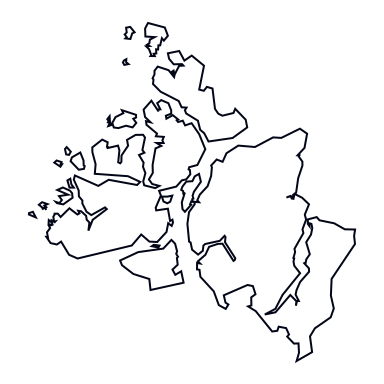 Tromsø nor, Troms, Norway (orthographic projection)
{"feature_id": "86288312B12055584821312", "entity_name": "Tromsø nor", "entity_type": "district", "adm_level": 2, "iso_a3": "NOR", "parent_name": "Norway", "parent_adm1": "Troms", "projection": "orthographic", "projection_center": [18.78, 69.672], "detail": "fine", "context": "isolated", "style": "outline", "palette": "ink", "viewbox_px": 384, "rotation_deg": 0, "n_neighbors": 0, "source": "geoboundaries", "source_scale": "gbopen_adm2", "svg_char_len": 5971}
<svg xmlns="http://www.w3.org/2000/svg" viewBox="0 0 384 384"><path d="M355.1,229.5L344.8,229.3L334.2,223.3L319.5,220.3L316.7,217.1L307.9,219.4L307.8,223.8L309.5,226.2L309.2,223.2L311.4,223.9L312.3,228.1L311.0,234.6L306.2,242.2L309.8,254.3L306.3,259.3L305.5,263.6L304.8,262.9L304.2,263.2L308.9,268.3L309.1,271.7L300.1,282.0L296.5,290.2L295.6,294.6L298.8,301.0L297.0,301.0L295.9,305.7L296.4,301.2L290.3,295.0L275.5,312.3L264.8,314.5L275.4,308.8L282.6,294.8L300.1,273.2L294.3,265.8L293.5,261.6L294.2,258.4L293.4,258.1L295.1,252.1L294.5,248.8L303.4,233.1L302.5,229.3L306.1,219.6L304.8,214.6L309.0,204.3L302.2,197.8L294.6,193.9L293.4,198.8L291.7,198.5L290.7,196.2L286.4,197.5L290.6,195.9L293.3,197.8L293.1,194.9L296.1,192.7L298.2,178.1L302.4,165.7L302.4,161.6L298.8,156.6L299.4,155.4L297.6,155.3L304.5,147.9L307.1,133.7L299.9,128.7L281.3,137.9L273.1,137.4L255.0,147.0L238.3,145.6L226.5,153.2L222.6,161.8L216.7,159.5L211.2,165.5L211.9,167.4L211.1,176.1L207.6,186.2L199.9,194.5L197.3,200.2L199.0,202.2L194.6,201.8L194.7,204.2L189.0,212.2L187.4,223.8L189.1,241.6L190.6,242.5L192.1,249.7L198.1,254.6L202.8,250.8L203.4,245.6L205.2,244.0L219.8,240.8L224.6,235.8L225.5,237.0L225.0,242.2L235.3,258.3L234.7,260.1L233.5,260.9L222.5,243.7L217.8,243.9L209.1,246.8L205.4,254.8L197.9,261.3L200.1,263.5L197.1,263.0L197.0,269.4L199.5,269.8L200.4,276.8L213.8,291.4L218.8,305.1L225.7,308.9L228.4,304.5L225.5,302.6L223.8,295.3L247.5,285.0L252.9,286.1L255.5,294.2L251.2,297.4L251.4,305.4L248.1,306.4L255.7,311.1L272.2,331.5L277.3,330.8L278.7,326.7L286.1,328.1L289.0,334.5L287.2,336.6L294.0,343.6L298.5,343.4L299.0,352.8L296.6,361.0L312.1,352.1L310.0,336.4L314.9,328.3L330.7,317.3L333.8,308.5L330.9,295.6L331.6,278.9L355.0,244.0L354.1,236.0L355.1,229.5ZM161.2,100.1L157.2,103.2L160.3,109.3L158.1,109.4L158.5,111.4L151.4,100.7L143.6,109.6L145.1,117.1L150.6,122.3L146.0,121.2L146.5,124.8L157.0,133.6L155.9,136.3L163.8,136.9L162.4,140.4L163.6,143.0L156.6,143.0L161.3,145.9L155.5,148.4L152.6,164.9L152.8,172.9L148.9,179.4L152.2,184.0L159.4,185.9L155.3,188.1L144.2,185.3L143.2,181.4L145.4,173.1L143.0,166.8L143.6,162.6L139.0,155.0L144.4,152.7L142.4,150.1L145.0,137.5L143.1,134.8L135.6,134.9L127.0,139.9L128.1,145.7L121.5,155.5L121.4,161.9L120.2,163.3L118.2,162.3L119.4,150.3L118.0,145.6L107.1,148.2L108.3,147.6L106.6,148.0L108.1,147.1L107.0,146.6L107.7,142.3L102.2,139.6L92.3,147.4L92.4,152.2L95.6,164.2L94.8,173.8L128.0,176.2L140.2,181.9L137.1,185.0L108.7,179.8L98.3,185.9L74.9,175.5L73.8,179.6L78.7,190.5L78.9,196.4L82.4,200.5L82.3,203.4L86.5,211.7L91.3,215.1L105.0,207.4L106.8,209.1L92.7,219.8L88.4,230.7L89.4,222.5L86.7,219.7L86.1,215.8L81.2,211.3L78.2,210.8L79.5,213.3L77.4,214.5L69.4,208.3L60.6,217.0L57.8,213.7L53.7,213.7L54.9,214.1L53.3,216.8L54.1,221.6L55.5,221.3L54.7,222.2L51.7,220.4L51.9,222.6L48.8,220.1L48.5,224.6L53.4,224.5L49.0,225.9L50.1,228.1L47.0,232.3L48.1,238.4L47.9,238.8L46.6,236.8L46.3,236.8L50.6,243.1L56.9,244.5L61.1,241.6L69.1,254.8L77.6,258.5L131.8,245.5L141.2,234.5L149.4,241.6L157.2,242.0L166.5,232.0L168.2,223.2L171.7,225.9L173.0,222.5L172.4,219.7L170.1,221.0L167.9,208.7L156.2,210.4L155.7,207.7L160.9,195.6L159.1,190.8L176.3,186.6L181.9,180.3L186.2,179.4L190.3,174.3L189.9,170.1L188.6,169.4L189.2,167.2L197.4,165.0L205.3,149.2L199.2,134.2L191.6,123.2L185.1,125.4L182.8,120.7L178.1,122.0L176.7,120.3L178.2,119.5L172.8,115.2L166.4,118.7L165.9,115.7L171.2,113.7L171.2,110.3L168.4,103.2L161.2,100.1ZM167.9,53.3L169.1,58.8L173.7,64.3L182.0,64.1L183.4,65.6L179.1,65.9L174.6,74.6L173.6,70.6L171.5,72.0L174.6,74.7L174.1,77.1L168.6,70.2L157.7,66.6L154.5,70.8L154.5,74.3L152.6,78.4L153.5,79.6L153.0,84.0L160.6,91.7L178.7,101.0L181.6,107.3L186.5,107.6L184.9,110.3L186.2,113.5L197.9,120.7L200.2,129.8L204.2,133.2L208.5,141.5L232.6,138.0L247.2,127.4L245.7,119.7L235.2,108.8L233.5,113.0L222.4,115.7L218.3,113.7L215.0,108.9L212.5,88.5L206.9,86.9L203.8,90.8L199.2,89.6L204.0,65.7L191.7,55.6L184.4,60.6L179.2,51.0L167.9,53.3ZM183.6,282.7L181.2,271.3L175.3,274.8L172.5,269.6L177.7,264.7L176.9,258.0L178.0,256.8L176.2,253.8L177.1,251.4L175.1,243.7L171.4,239.9L163.3,248.6L138.2,252.1L120.1,260.5L122.0,265.2L133.4,274.0L149.3,279.0L150.5,290.0L183.6,282.7ZM148.0,23.0L145.1,28.5L145.4,36.5L154.7,37.1L149.9,39.6L149.3,43.3L147.1,44.7L149.4,46.0L146.1,46.3L149.0,49.1L151.3,55.1L150.6,56.0L154.8,56.1L153.7,53.8L156.3,53.4L156.1,49.3L158.1,49.5L158.4,45.3L160.2,45.3L161.9,38.2L163.9,40.6L167.9,35.8L164.8,27.5L148.0,23.0ZM199.0,173.9L194.7,176.4L192.4,181.2L186.3,181.6L182.5,186.5L181.2,189.9L183.1,191.0L183.4,194.6L183.9,192.8L184.6,193.3L181.8,202.4L182.5,209.1L184.9,211.8L191.1,204.8L190.1,204.3L191.3,201.4L192.8,201.9L192.2,199.2L193.4,198.6L192.6,195.7L193.9,191.8L200.9,181.8L199.0,173.9ZM136.0,114.8L121.9,110.2L123.3,113.2L115.5,117.1L112.3,123.0L113.8,127.5L118.4,128.1L126.0,125.7L132.6,127.4L136.3,122.9L133.3,118.8L136.1,117.5L136.0,114.8ZM62.9,187.5L57.3,190.0L68.1,194.7L59.0,196.1L61.9,200.0L59.4,203.1L55.8,201.9L56.9,203.1L63.2,204.4L72.6,197.7L72.1,193.2L70.0,190.7L62.9,187.5ZM80.3,152.5L71.9,157.4L70.6,161.2L78.8,169.7L83.9,168.9L84.7,166.1L83.7,165.4L83.5,160.4L80.3,152.5ZM130.2,26.9L126.1,27.7L126.7,32.5L124.7,34.5L126.7,37.1L125.4,38.4L130.4,39.0L132.2,33.4L134.6,32.3L130.2,26.9ZM172.3,195.6L167.5,196.6L161.8,196.6L163.6,201.6L167.4,203.3L170.2,201.7L172.3,195.6ZM70.3,178.7L67.4,180.4L69.5,187.6L73.8,187.6L71.4,184.4L70.3,178.7ZM61.6,162.1L56.6,160.5L54.3,162.6L60.4,166.7L62.1,164.2L60.7,164.1L61.6,162.1ZM42.1,202.2L38.9,204.8L43.0,208.1L42.2,209.5L44.3,207.4L46.2,209.8L45.3,207.8L46.3,207.2L44.4,205.5L47.5,204.1L42.1,202.2ZM66.7,147.1L65.0,149.0L66.1,154.4L69.0,154.9L70.8,151.7L66.7,147.1ZM159.5,245.6L153.8,244.8L151.8,246.2L158.4,247.5L159.5,245.6ZM32.9,211.8L29.0,213.1L28.9,214.5L35.8,217.4L32.9,211.8ZM109.6,116.2L107.3,119.2L108.6,121.0L108.0,122.3L109.9,122.4L108.3,126.1L111.5,125.0L110.0,122.8L109.6,116.2ZM126.3,59.2L124.1,60.4L122.9,62.4L124.3,64.9L128.5,64.1L126.1,62.2L126.3,59.2Z" fill="none" stroke="#020617" stroke-width="2"/></svg>